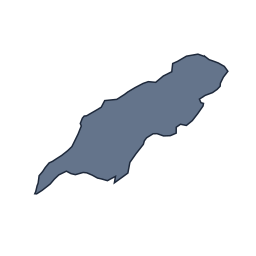 the district of Erimi, Limassol, Cyprus, rotated 53°
{"feature_id": "46923920B22495771378478", "entity_name": "Erimi", "entity_type": "district", "adm_level": 2, "iso_a3": "CYP", "parent_name": "Cyprus", "parent_adm1": "Limassol", "projection": "robinson", "projection_center": [32.922, 34.687], "detail": "fine", "context": "isolated", "style": "filled", "palette": "slate", "viewbox_px": 256, "rotation_deg": 53, "n_neighbors": 0, "source": "geoboundaries", "source_scale": "gbopen_adm2", "svg_char_len": 1192}
<svg xmlns="http://www.w3.org/2000/svg" viewBox="0 0 256 256"><g transform="rotate(53 128 128)"><path d="M124.4,242.0L125.6,240.6L126.1,234.2L125.9,223.8L124.5,217.6L123.8,211.5L125.4,203.2L130.1,201.0L133.6,198.1L136.5,190.6L139.0,187.9L144.2,184.9L149.6,182.5L152.9,179.7L157.7,176.1L158.2,172.5L159.1,167.1L163.6,171.9L163.8,162.6L163.9,155.2L156.6,147.2L153.3,137.0L150.3,125.6L148.1,122.7L147.0,119.1L147.7,111.4L150.0,108.2L155.7,104.4L159.6,98.8L161.1,92.6L156.4,89.0L156.6,83.8L160.7,80.2L161.1,79.8L160.8,72.2L158.4,63.4L155.6,54.9L153.8,52.9L151.7,54.5L147.9,53.6L148.4,46.7L150.6,39.2L150.8,33.6L150.1,29.3L147.8,27.2L144.8,21.3L142.8,14.1L136.8,14.0L130.5,16.7L126.4,19.3L122.2,22.1L117.1,23.5L117.3,23.6L111.1,27.7L105.8,38.1L104.6,48.3L103.4,53.5L109.4,59.2L107.7,68.5L108.2,78.4L103.2,83.9L101.5,89.1L100.0,98.1L99.1,106.2L99.1,110.7L98.4,119.7L92.1,130.1L95.3,136.8L94.5,144.3L93.3,153.8L92.1,155.8L92.7,158.5L95.7,163.4L98.3,164.1L102.8,171.5L106.6,179.0L109.1,184.0L109.8,189.7L110.0,197.5L109.5,203.7L109.2,208.4L108.4,212.0L109.8,217.9L111.4,222.3L112.6,227.7L118.0,233.0L119.4,235.3L123.3,240.0L124.4,242.0Z" fill="#64748b" stroke="#1e293b" stroke-width="1.5"/></g></svg>